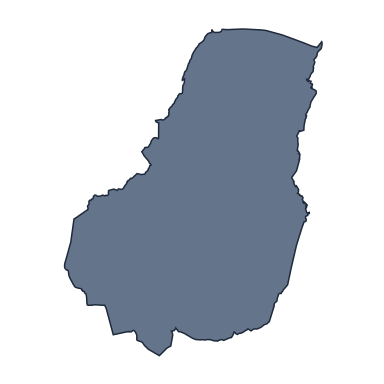 outline of Nahuatzen, Michoacán, Mexico, rotated 2°
{"feature_id": "50627088B19576991681559", "entity_name": "Nahuatzen", "entity_type": "district", "adm_level": 2, "iso_a3": "MEX", "parent_name": "Mexico", "parent_adm1": "Michoacán", "projection": "equal_earth", "projection_center": [-101.891, 19.65], "detail": "fine", "context": "isolated", "style": "filled", "palette": "slate", "viewbox_px": 384, "rotation_deg": 2, "n_neighbors": 0, "source": "geoboundaries", "source_scale": "gbopen_adm2", "svg_char_len": 5941}
<svg xmlns="http://www.w3.org/2000/svg" viewBox="0 0 384 384"><g transform="rotate(2 192 192)"><path d="M290.8,281.5L293.9,263.9L298.3,241.5L303.1,224.0L305.1,217.8L306.2,217.7L306.9,217.2L307.2,215.5L306.3,213.7L306.5,212.3L308.5,211.4L308.4,210.3L310.0,209.3L309.9,208.3L308.3,208.9L307.4,208.5L306.1,204.8L306.2,204.1L306.8,203.8L306.3,201.8L307.2,202.3L307.6,201.0L305.3,198.7L304.5,199.5L303.4,198.7L304.5,198.1L303.3,197.1L302.5,195.3L302.8,195.2L303.0,194.7L303.1,193.7L302.3,192.4L301.8,192.0L301.2,192.2L299.7,191.6L299.8,190.7L297.5,189.6L298.4,188.3L298.3,186.3L298.5,185.9L296.1,182.2L295.3,182.9L294.0,180.8L293.2,179.0L293.7,178.3L291.1,174.1L295.7,167.2L298.1,157.1L297.9,155.6L298.4,155.6L298.4,152.8L298.5,151.4L298.5,150.4L297.6,150.1L297.8,150.0L298.0,149.6L296.8,147.4L296.0,147.3L295.7,146.9L296.4,141.1L296.5,140.9L295.9,137.5L295.9,134.2L294.6,132.6L296.1,129.7L297.1,127.0L297.8,127.1L297.9,127.6L301.6,126.4L301.7,121.8L302.7,115.3L303.6,113.6L303.4,112.9L303.1,113.1L303.9,111.9L303.2,111.4L302.9,111.0L304.4,108.0L305.4,105.6L307.0,102.8L306.9,102.1L307.7,97.9L310.1,93.6L312.6,89.4L312.8,88.2L312.5,86.6L310.7,85.4L310.1,85.3L308.6,84.6L308.4,83.6L308.0,84.3L307.5,84.1L307.1,83.3L308.2,81.8L308.6,80.8L308.5,79.9L306.5,79.1L307.1,77.2L305.7,76.8L305.0,76.2L304.8,76.3L304.4,77.5L304.1,77.5L303.9,77.0L303.6,77.0L302.9,76.4L302.6,75.4L304.6,75.1L306.0,72.3L306.3,70.9L307.5,68.9L308.4,68.0L308.7,67.5L309.0,66.3L308.9,65.2L308.9,64.7L309.3,63.7L308.8,62.9L308.8,62.3L310.2,58.3L310.1,57.6L309.4,56.6L309.2,56.1L309.2,55.7L309.7,54.9L311.2,53.3L311.3,52.5L311.9,51.9L312.3,50.5L312.1,49.7L312.2,49.1L313.2,47.1L314.2,46.3L314.9,45.4L315.5,45.1L316.2,43.7L316.8,40.4L316.8,39.2L316.6,38.6L316.7,37.9L316.4,37.3L312.0,43.1L306.8,42.1L298.0,38.9L276.8,31.9L260.3,28.0L255.3,27.6L237.3,27.3L221.6,28.5L216.4,28.4L215.7,30.3L214.4,31.3L212.4,31.6L210.4,31.7L208.5,31.7L206.7,30.0L206.2,28.8L206.1,30.5L206.2,31.6L206.0,32.1L205.0,32.1L202.4,33.1L200.6,35.1L199.4,37.1L198.9,39.2L198.1,40.4L196.7,41.8L193.9,43.8L193.8,44.4L193.5,45.1L192.9,45.8L192.0,47.2L191.3,47.8L190.9,48.4L189.8,50.4L188.7,52.2L187.3,55.4L187.1,56.4L186.7,58.6L185.5,60.2L184.8,62.5L184.7,63.1L184.2,63.5L184.0,64.0L183.0,67.8L182.3,70.1L181.8,71.1L180.8,71.8L180.1,73.7L180.0,74.9L178.9,77.7L178.4,79.8L178.5,80.7L180.6,79.3L180.5,82.7L180.2,84.1L179.4,85.4L179.1,86.9L179.0,93.3L178.2,94.0L177.7,94.2L176.5,94.1L175.9,94.5L174.5,96.5L174.4,97.5L174.1,98.0L172.5,100.2L171.9,101.7L171.4,102.4L171.2,104.1L170.5,104.5L170.0,104.9L169.8,105.4L169.3,105.8L169.2,106.7L169.0,107.0L167.5,108.1L165.9,110.5L165.9,111.1L166.2,111.6L166.3,112.4L166.2,113.0L166.0,113.6L166.0,114.0L166.3,114.8L165.8,117.0L165.5,117.2L164.8,117.3L164.7,117.8L163.9,118.6L163.1,118.7L162.4,120.1L160.9,121.0L159.9,121.1L158.9,120.6L153.1,121.8L153.2,122.4L153.8,123.2L155.4,123.9L156.3,124.1L156.7,139.2L156.2,140.0L154.5,139.0L153.3,139.0L151.7,139.4L151.3,139.8L149.7,142.1L148.8,145.1L148.1,146.0L146.9,148.5L145.3,149.1L144.4,148.9L143.3,149.3L143.1,149.6L142.8,150.6L141.7,151.8L141.0,153.0L140.4,153.5L142.4,156.5L142.8,157.4L146.0,160.9L147.9,163.1L148.3,164.4L150.0,166.0L150.2,166.4L149.4,166.7L148.9,167.2L148.3,169.3L147.5,170.4L147.5,171.3L146.6,172.6L145.0,173.9L144.2,175.8L141.9,176.1L140.5,176.4L139.7,176.1L136.5,175.5L131.9,180.1L131.5,180.2L131.1,180.6L130.4,180.4L129.6,181.0L128.5,182.6L127.7,182.8L127.5,183.2L127.3,183.3L127.1,184.0L126.7,184.1L126.6,185.2L126.2,185.6L126.0,186.5L125.6,187.1L124.8,187.7L124.0,189.4L122.7,191.4L121.7,191.8L118.3,191.5L117.2,193.0L113.7,191.8L109.0,193.3L108.6,193.5L108.6,194.1L108.4,195.4L108.7,197.2L108.3,197.9L107.7,198.4L107.1,198.5L106.1,198.2L105.3,198.7L104.6,198.9L103.6,198.4L102.7,198.3L100.0,199.5L98.9,199.4L98.1,199.6L97.2,199.3L96.4,198.7L95.8,198.7L95.1,198.4L94.9,198.8L94.1,199.3L93.6,200.1L93.5,201.3L93.2,202.1L92.2,202.8L91.7,202.8L91.3,203.9L90.1,203.8L89.4,204.7L89.3,205.8L89.5,207.3L89.4,208.1L88.3,209.3L88.1,210.1L88.6,211.5L88.6,213.1L76.3,222.3L75.0,223.1L72.6,246.3L68.2,264.7L67.6,266.7L67.2,269.4L67.3,271.5L67.8,272.8L68.6,273.7L69.3,274.3L70.1,274.3L71.1,275.1L71.9,279.8L73.0,282.3L76.8,288.8L78.4,291.0L80.2,291.7L82.5,292.2L82.9,292.2L83.7,292.3L84.1,292.5L84.5,292.6L85.0,292.9L85.3,293.9L85.6,294.1L85.9,294.0L86.0,294.3L86.5,295.0L87.4,295.0L87.7,295.2L88.1,296.3L88.5,296.6L88.6,297.0L89.7,297.8L90.4,301.3L90.9,307.4L91.2,307.8L91.3,308.5L92.0,308.8L93.0,308.8L95.1,308.6L95.4,308.5L96.0,308.7L97.7,308.2L100.4,308.1L105.4,308.3L108.7,308.2L110.4,311.6L118.3,337.4L133.1,333.7L133.0,334.0L136.2,333.9L137.8,332.5L138.7,332.3L139.8,333.3L141.0,335.2L141.9,337.2L141.9,339.6L142.0,341.7L142.8,342.4L146.5,343.4L147.9,344.3L149.8,347.0L154.0,350.8L165.1,356.7L172.6,348.7L176.2,346.6L176.6,343.5L177.7,336.0L177.7,335.3L177.0,332.5L176.8,332.2L176.3,331.8L179.3,331.0L179.6,329.9L180.4,329.2L180.7,329.4L180.7,328.7L181.7,329.9L182.4,330.5L182.6,331.1L183.4,332.0L185.9,332.3L189.7,333.8L197.5,338.1L200.8,339.3L205.3,339.5L208.4,339.2L210.0,339.5L211.1,339.3L212.3,338.9L214.7,339.0L215.1,338.8L217.7,339.6L220.2,340.1L220.7,340.0L221.2,339.7L222.3,340.2L222.9,340.1L224.2,339.2L226.8,338.5L227.5,338.6L228.6,339.2L229.1,339.1L234.6,336.5L236.0,336.3L236.7,335.8L236.7,335.2L237.2,334.9L237.8,333.7L238.5,332.2L238.6,330.8L238.9,330.5L239.3,330.4L240.8,332.1L242.3,332.8L242.6,332.5L243.9,331.8L246.4,331.2L249.0,329.7L249.8,328.9L251.3,328.2L251.8,327.8L252.1,327.1L253.4,327.1L255.2,328.5L256.0,328.7L257.8,327.2L258.2,327.0L260.2,326.5L261.1,326.7L262.2,326.5L265.1,325.1L266.6,324.1L267.5,323.2L268.9,322.1L271.6,321.0L272.9,319.7L273.2,319.1L273.8,318.9L277.9,303.7L278.1,303.4L277.7,302.6L278.1,301.8L278.2,300.8L278.6,300.0L279.4,299.0L280.2,298.7L280.6,298.2L281.0,295.0L281.5,293.2L281.9,292.4L282.0,291.3L282.7,290.5L283.1,290.3L284.6,290.4L285.1,289.0L285.2,288.7L285.7,288.6L286.7,286.6L290.8,281.5Z" fill="#64748b" stroke="#1e293b" stroke-width="1.5"/></g></svg>